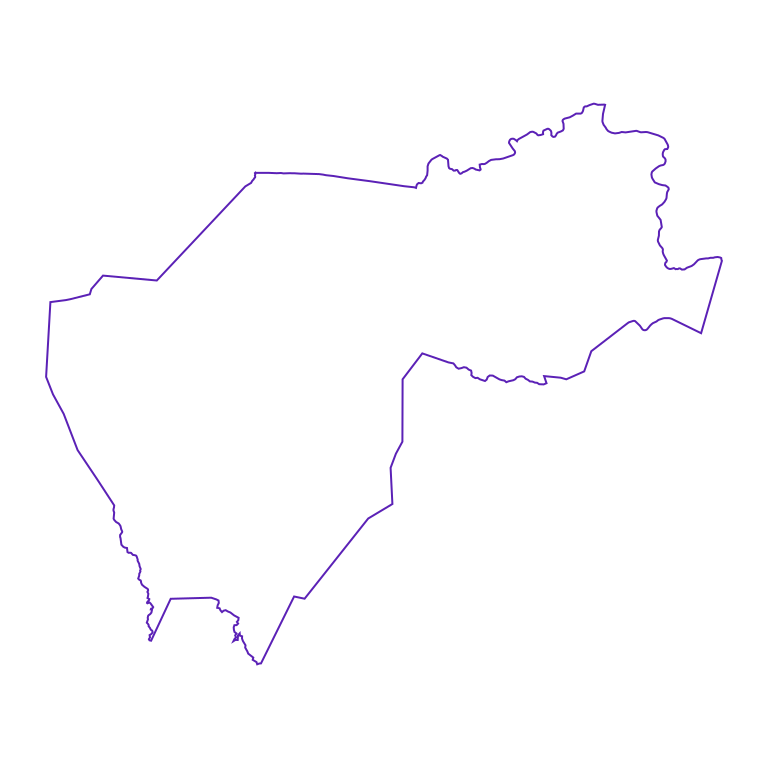 Goh, Fromager, Ivory Coast (orthographic projection)
{"feature_id": "98640826B83650084589555", "entity_name": "Goh", "entity_type": "district", "adm_level": 2, "iso_a3": "CIV", "parent_name": "Ivory Coast", "parent_adm1": "Fromager", "projection": "orthographic", "projection_center": [-5.701, 6.152], "detail": "fine", "context": "isolated", "style": "outline", "palette": "violet", "viewbox_px": 768, "rotation_deg": 0, "n_neighbors": 0, "source": "geoboundaries", "source_scale": "gbopen_adm2", "svg_char_len": 6105}
<svg xmlns="http://www.w3.org/2000/svg" viewBox="0 0 768 768"><path d="M721.9,260.8L721.5,260.0L721.2,258.0L720.1,257.5L717.7,257.0L714.9,257.3L713.2,257.8L710.4,257.8L708.1,258.4L706.2,258.4L700.9,259.1L699.5,259.4L697.8,260.3L694.0,264.3L691.6,266.0L687.0,267.7L684.6,269.4L681.9,269.6L680.0,268.4L679.0,268.4L677.8,269.1L676.5,269.0L675.7,269.2L673.9,268.1L671.4,268.8L670.0,269.0L668.8,268.7L667.6,268.1L666.4,267.0L665.1,265.2L665.0,264.2L665.5,262.6L666.4,261.9L666.9,260.6L663.9,255.3L663.2,253.7L662.7,251.7L662.9,249.6L662.7,248.8L662.3,248.1L659.9,245.4L658.0,241.5L657.8,240.1L658.9,235.7L659.0,231.4L659.7,229.7L661.2,228.1L661.8,227.0L660.6,219.9L657.3,215.7L656.5,212.2L656.4,211.0L657.0,208.8L657.6,207.6L659.7,205.9L661.9,204.6L662.8,203.7L664.5,201.8L666.1,199.1L666.5,198.0L666.9,193.6L667.2,192.1L668.7,189.4L668.6,188.1L667.8,187.1L665.5,185.5L662.3,185.1L659.0,184.2L654.8,182.4L652.6,178.9L651.9,177.5L651.4,174.4L651.8,172.4L652.3,171.5L655.7,168.5L659.0,166.2L660.6,165.5L663.1,165.0L664.1,164.4L664.7,163.7L665.1,162.8L665.6,161.2L665.5,159.4L664.7,158.1L663.2,156.7L662.9,156.0L662.7,154.0L663.0,152.3L664.3,149.8L665.0,149.2L667.3,149.0L667.7,148.2L668.1,147.5L668.2,146.4L667.7,144.6L664.5,138.8L663.4,137.9L658.3,135.4L647.7,132.2L646.0,132.0L641.0,132.3L640.1,132.1L636.8,130.9L635.7,130.9L625.6,132.4L621.7,132.0L619.0,132.9L615.0,133.4L611.6,132.7L609.2,131.6L608.0,130.9L606.5,129.1L605.7,127.6L603.6,124.8L602.5,121.9L602.4,120.9L603.0,113.9L605.1,104.8L604.3,104.6L597.9,104.8L594.7,103.8L593.6,103.7L589.5,105.1L586.7,106.4L585.1,106.4L583.8,107.4L583.0,110.9L582.4,112.1L581.7,113.1L580.7,113.6L576.1,113.6L572.9,115.6L569.7,117.3L564.7,118.6L563.5,119.3L562.8,120.0L562.5,121.0L563.5,123.8L563.7,128.8L562.9,130.4L560.8,131.5L557.8,132.6L556.8,133.6L555.9,135.5L554.9,136.7L553.3,136.9L552.4,136.4L551.3,135.2L551.4,132.9L551.2,131.7L550.8,130.7L549.2,129.2L548.4,128.8L547.4,128.8L543.5,130.6L543.0,132.0L543.1,134.2L540.6,135.0L538.2,135.3L537.2,134.6L536.4,133.5L533.4,131.9L532.3,131.7L531.1,131.9L530.2,132.1L527.0,134.5L518.8,139.0L517.5,140.1L517.0,141.2L515.8,140.1L513.7,138.8L512.5,138.7L511.2,138.9L510.1,139.7L509.6,140.5L509.1,141.9L509.0,142.9L512.7,148.5L514.8,151.1L515.1,152.3L514.8,153.5L513.8,154.7L512.8,155.2L503.2,158.5L499.5,159.2L495.8,159.3L491.1,159.9L488.9,161.1L486.6,162.9L484.9,163.9L483.9,164.1L481.9,164.0L479.7,164.6L480.0,167.6L480.4,168.4L480.6,169.6L479.6,170.4L475.6,169.5L474.5,168.7L472.6,168.0L470.7,168.2L466.7,170.7L464.3,171.8L463.2,172.0L461.5,173.4L460.2,173.8L459.1,172.9L457.3,170.1L456.1,170.0L455.1,170.6L453.6,170.6L452.1,169.2L449.9,168.7L449.1,168.1L448.5,166.3L448.0,159.8L446.9,158.6L442.5,156.6L441.9,156.0L440.1,155.0L439.3,155.3L432.3,159.1L431.4,159.8L428.5,163.5L427.6,166.3L427.6,170.6L427.1,175.3L426.2,176.5L425.5,178.3L424.4,180.0L422.9,181.6L422.5,182.7L421.1,183.3L418.6,183.0L417.2,184.2L416.6,185.3L416.0,187.9L414.3,187.3L404.1,186.2L370.0,181.2L347.9,178.3L333.4,176.0L326.0,175.2L323.0,174.6L319.1,174.1L303.3,173.6L301.3,173.7L294.9,173.3L289.5,173.2L283.5,173.4L281.0,173.0L276.7,173.2L269.5,172.9L257.2,172.9L255.9,172.8L255.5,172.5L254.9,173.1L255.3,174.3L254.9,175.6L255.2,176.5L255.1,177.4L254.3,178.2L253.6,179.4L252.2,180.9L251.1,182.9L245.3,186.4L156.8,280.5L103.0,275.6L91.4,289.0L89.8,294.3L70.3,299.2L65.8,300.1L50.4,302.1L46.1,376.9L53.0,394.4L63.7,413.9L77.6,450.1L97.5,479.8L114.2,505.4L114.0,507.4L113.5,509.2L113.5,510.6L114.2,512.6L113.6,518.7L114.3,520.0L116.1,522.0L118.7,523.5L119.7,524.8L120.5,526.1L121.2,529.2L122.2,531.5L122.1,532.3L120.1,535.0L120.1,537.0L120.5,538.0L121.4,544.7L123.3,546.8L124.8,547.6L127.0,548.0L127.5,552.1L128.6,552.8L130.1,552.7L131.1,552.9L132.9,554.9L134.9,555.2L136.2,555.7L136.7,556.6L137.7,559.6L137.6,560.7L139.2,563.8L139.6,566.3L140.7,569.0L140.1,570.7L140.4,571.4L140.0,572.5L139.3,573.6L139.2,575.6L138.2,578.6L139.2,579.7L140.7,580.5L141.0,581.5L141.1,582.7L142.0,584.7L144.4,586.8L147.5,588.8L148.0,589.4L148.1,590.8L147.5,591.5L147.5,592.2L148.3,593.5L148.3,594.1L147.9,596.8L147.5,598.0L149.3,599.1L149.1,600.0L147.2,602.2L147.0,602.9L147.4,603.3L148.0,603.1L148.1,602.3L148.8,602.1L149.5,602.5L150.6,603.5L153.2,607.1L152.5,608.3L151.1,608.7L150.9,609.3L151.6,609.3L152.0,609.8L151.4,612.6L150.2,614.1L148.6,615.2L148.1,615.9L147.7,617.9L148.0,619.2L146.8,622.7L147.9,623.8L148.4,624.6L148.7,625.2L148.6,626.2L150.0,628.0L150.8,629.7L152.1,630.6L152.5,631.4L152.5,632.5L151.4,634.0L149.6,635.1L150.0,637.4L148.9,639.2L149.5,640.3L151.1,640.7L170.7,598.8L211.2,597.7L216.3,599.4L218.5,600.5L218.8,603.0L217.7,605.2L217.2,607.8L219.6,608.3L220.5,610.4L222.0,612.1L223.6,610.7L225.7,610.2L227.9,611.5L230.4,612.5L234.1,615.4L238.6,617.8L238.3,620.2L236.9,621.9L238.1,623.6L236.6,625.1L234.4,625.2L233.7,627.3L233.9,629.7L234.5,632.0L236.5,633.5L235.2,635.4L236.0,637.4L234.5,639.0L233.5,641.1L235.4,639.9L237.7,640.0L238.0,635.4L239.7,633.4L239.9,635.6L242.1,636.3L242.0,638.5L242.9,641.0L245.5,645.3L245.2,647.6L247.4,651.5L248.2,653.6L253.3,657.6L252.7,659.8L256.5,662.1L257.2,664.3L259.4,663.5L261.0,663.4L294.1,596.5L304.6,598.7L368.2,518.5L392.4,504.0L390.6,467.8L395.9,453.7L402.4,441.7L402.6,379.3L422.3,353.4L448.4,362.4L453.4,363.4L455.0,365.3L456.3,367.3L458.6,368.7L461.4,368.1L463.9,367.2L466.5,367.7L468.7,369.6L471.1,370.6L471.6,372.9L471.3,375.1L473.0,376.8L475.4,378.1L477.6,377.8L479.9,379.3L485.0,381.0L486.7,379.6L487.7,377.0L489.7,375.5L492.8,375.6L499.5,379.4L501.7,380.1L504.5,380.6L506.3,382.2L508.6,381.3L513.4,380.2L515.3,379.2L516.9,377.3L519.4,376.5L521.8,376.3L524.0,376.9L525.6,378.7L528.0,379.9L529.9,381.4L532.5,381.6L534.9,382.6L537.1,382.8L539.2,384.2L541.4,384.3L543.7,384.4L546.5,383.2L544.1,376.1L560.7,377.7L566.3,379.3L584.2,371.4L591.3,351.2L626.7,323.9L628.7,322.4L632.9,321.0L634.0,320.8L635.1,321.1L639.9,325.7L642.4,329.3L643.4,330.0L644.2,330.2L645.3,330.2L646.5,329.8L647.4,329.0L650.3,325.4L651.8,324.0L653.0,323.1L656.5,321.5L658.1,320.2L659.1,319.7L663.0,318.4L664.5,318.1L668.7,318.1L670.1,318.3L671.7,318.8L701.1,333.2L721.9,260.8Z" fill="none" stroke="#5b21b6" stroke-width="2"/></svg>